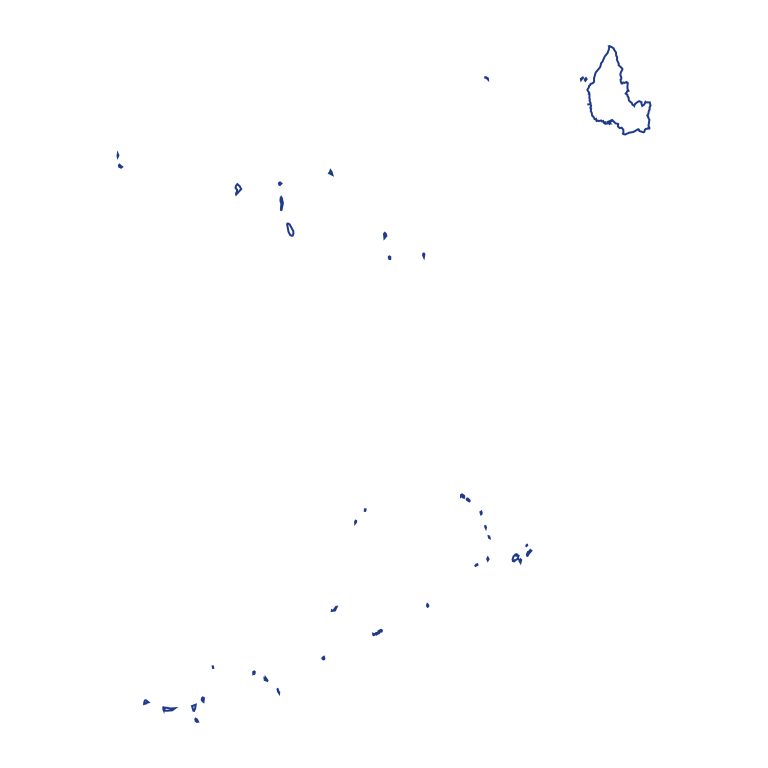 outline of Pangkajene Dan Kepulauan, Sulawesi Selatan, Indonesia
{"feature_id": "22746128B84288456023840", "entity_name": "Pangkajene Dan Kepulauan", "entity_type": "district", "adm_level": 2, "iso_a3": "IDN", "parent_name": "Indonesia", "parent_adm1": "Sulawesi Selatan", "projection": "natural_earth1", "projection_center": [118.667, -6.124], "detail": "fine", "context": "isolated", "style": "outline", "palette": "blue", "viewbox_px": 768, "rotation_deg": 0, "n_neighbors": 0, "source": "geoboundaries", "source_scale": "gbopen_adm2", "svg_char_len": 6080}
<svg xmlns="http://www.w3.org/2000/svg" viewBox="0 0 768 768"><path d="M608.9,46.3L609.3,47.2L608.9,48.7L608.5,48.6L608.9,48.8L608.9,49.4L607.5,53.1L604.8,56.4L602.4,61.8L601.0,63.4L600.6,65.9L599.8,67.6L595.7,72.5L594.0,78.4L594.1,81.7L592.8,83.2L590.6,83.9L590.2,85.1L589.1,85.8L588.8,87.5L587.4,89.7L587.7,90.7L589.2,92.7L588.9,93.6L589.3,93.6L589.4,94.7L588.9,94.7L589.5,94.9L589.4,97.9L589.8,99.2L589.5,100.4L590.6,103.2L590.2,104.2L587.3,104.5L590.4,104.2L590.7,104.7L591.1,106.0L590.4,107.4L590.9,108.3L590.6,108.4L591.0,110.0L590.8,111.1L591.7,112.8L592.2,115.7L593.3,116.6L594.6,119.1L595.8,119.5L596.1,119.2L596.6,121.0L597.9,120.6L599.0,121.1L601.2,120.5L601.9,121.4L603.1,121.0L603.7,122.4L605.0,122.2L605.1,122.6L604.5,122.5L604.3,123.2L605.3,123.8L607.3,123.5L607.5,121.9L608.1,121.8L608.5,122.0L608.5,122.9L609.6,124.0L609.9,123.7L609.3,122.9L610.1,123.1L609.6,122.4L610.8,121.6L610.2,121.4L610.0,121.1L610.7,121.0L610.7,119.9L610.8,120.5L611.4,120.2L611.8,120.5L612.3,120.1L615.5,123.3L618.2,124.0L617.9,126.3L618.9,127.4L619.8,128.1L621.6,127.7L623.3,129.6L623.4,133.0L622.9,133.6L623.2,134.0L625.2,134.5L629.1,132.7L633.3,132.0L638.2,129.2L638.9,129.6L639.4,131.0L643.4,132.3L644.3,131.9L644.9,129.8L645.8,128.9L647.1,128.8L648.1,128.1L649.0,128.7L649.5,128.1L648.5,125.7L649.4,119.7L648.0,117.1L648.2,116.4L647.3,115.6L648.3,114.0L648.9,110.6L649.6,109.9L649.6,107.4L650.5,105.7L649.8,102.4L646.3,102.4L645.5,101.8L644.3,104.4L642.3,105.9L641.4,103.4L641.5,102.2L639.2,101.2L637.5,102.0L634.7,104.3L634.3,105.7L634.0,105.2L633.3,105.3L632.3,104.4L631.8,103.0L629.4,101.0L628.8,100.0L628.6,97.6L627.5,96.1L627.4,94.8L625.7,93.6L627.0,91.9L627.0,91.4L628.5,90.8L627.6,89.3L627.4,87.0L627.8,83.0L627.2,82.5L626.5,82.6L626.3,82.1L624.4,82.9L623.1,82.5L622.2,83.0L622.2,83.5L621.5,83.4L620.8,81.5L620.6,79.6L621.3,78.8L621.3,77.4L620.3,74.8L620.8,72.5L622.4,69.6L622.3,68.6L618.6,65.1L618.8,63.8L616.9,59.7L617.2,58.0L616.8,56.4L616.2,55.8L616.0,52.5L613.9,49.4L613.8,48.5L611.3,46.8L610.5,46.8L609.7,46.1L608.9,46.3ZM288.5,223.6L287.4,223.6L287.1,224.3L288.5,231.7L290.2,235.1L291.8,235.8L292.6,235.7L293.4,233.8L293.3,231.1L289.7,224.5L288.5,223.6ZM236.2,194.5L241.2,189.1L239.7,186.2L237.3,184.1L235.9,186.0L235.6,188.0L237.1,189.8L236.9,191.6L236.0,193.7L236.2,194.5ZM516.5,554.2L515.5,554.4L513.5,556.5L512.7,559.1L512.6,559.8L513.2,560.5L513.0,561.1L514.0,561.4L515.0,560.5L514.6,560.4L514.8,560.2L515.3,560.4L516.7,559.3L518.1,559.1L517.7,558.8L518.1,558.4L518.1,556.6L518.6,555.8L517.6,555.0L516.2,555.8L515.7,555.1L515.9,554.5L516.6,554.5L516.5,554.2ZM165.9,707.6L164.8,708.1L164.3,709.6L165.1,710.6L166.4,710.8L172.2,710.3L175.1,708.2L170.3,708.5L165.9,707.6ZM281.3,210.8L282.9,203.2L281.8,198.1L281.2,197.1L280.6,198.1L280.5,201.2L281.4,203.6L280.9,209.0L281.3,210.8ZM195.7,704.7L192.0,706.1L193.4,710.7L193.9,710.8L193.8,710.1L194.7,709.6L195.1,708.7L195.7,704.7ZM380.4,630.1L378.4,631.3L378.5,631.8L379.7,631.1L377.9,632.6L375.8,633.2L375.7,633.6L376.0,633.6L375.4,633.9L374.1,634.1L373.2,633.7L373.2,634.9L373.6,635.2L375.5,634.2L376.4,634.6L377.3,633.8L379.0,633.3L379.6,632.4L379.4,631.7L381.2,631.1L380.4,630.1ZM532.0,550.0L530.5,551.5L529.9,551.4L530.5,550.6L530.2,550.1L529.1,551.5L528.0,551.9L527.0,554.1L526.9,554.7L527.3,555.1L527.1,556.6L528.8,553.7L532.0,550.0ZM146.0,700.3L145.0,700.4L144.4,701.8L144.2,703.3L145.1,703.3L144.8,703.8L145.6,703.6L145.4,703.2L148.5,702.3L146.0,700.3ZM384.4,238.2L386.4,235.9L385.7,233.7L384.8,232.9L384.0,233.9L384.4,238.2ZM464.1,495.8L462.1,494.4L461.0,495.0L461.0,496.3L461.3,496.0L463.1,497.6L464.2,497.7L464.1,495.8ZM330.5,170.4L330.0,172.0L329.1,173.2L332.4,174.9L331.5,171.7L330.5,170.4ZM203.5,697.8L202.8,697.4L202.1,698.0L201.7,699.5L202.0,700.5L203.0,700.9L202.9,701.5L203.2,701.7L203.1,700.6L203.4,700.5L203.4,702.5L203.9,698.6L203.5,698.6L203.5,697.8ZM196.9,719.4L195.6,718.7L195.3,719.5L195.7,721.0L197.0,721.9L198.1,721.7L196.9,719.4ZM122.1,166.9L119.4,164.7L118.9,165.4L119.2,166.8L121.0,167.7L122.1,166.9ZM267.5,680.5L265.7,677.9L265.7,678.9L265.5,678.2L264.5,677.9L264.7,680.0L267.3,680.9L267.5,680.5ZM469.3,501.4L469.7,501.0L469.4,500.1L467.7,498.5L467.2,498.6L466.7,499.5L467.0,500.0L469.3,501.4ZM280.0,182.4L279.3,182.7L278.9,183.7L279.3,184.7L279.9,185.0L281.4,183.5L280.0,182.4ZM336.7,606.8L336.0,606.9L333.6,610.3L332.6,610.7L331.9,610.3L331.8,610.9L335.0,610.5L336.7,606.8ZM520.5,559.3L519.4,560.9L520.5,562.7L521.2,560.0L520.5,559.3ZM323.9,656.8L323.3,657.1L323.0,658.0L322.8,657.6L322.5,657.8L322.4,658.6L322.9,659.2L323.9,659.4L324.4,658.7L323.9,656.8ZM254.3,671.4L253.2,672.0L253.3,674.0L253.9,673.6L254.3,673.9L254.7,673.3L254.7,671.7L254.3,671.4ZM423.8,253.5L423.2,253.9L423.0,255.1L423.9,257.1L424.4,254.2L423.8,253.5ZM389.4,256.4L388.9,256.7L388.9,257.9L389.4,259.0L390.2,259.0L390.3,257.0L389.4,256.4ZM487.8,560.4L488.6,559.1L487.8,557.7L487.2,558.9L487.8,560.4ZM586.6,79.2L585.9,78.1L584.8,79.3L584.8,80.1L585.4,80.8L586.6,79.2ZM428.2,606.4L428.3,605.2L427.4,604.2L427.0,605.3L427.3,606.4L427.6,606.8L428.2,606.4ZM481.3,511.5L480.4,512.1L481.1,514.3L481.5,514.0L481.7,512.7L481.3,511.5ZM474.9,566.3L477.5,564.9L477.3,564.2L476.1,564.7L474.9,566.3ZM278.9,692.8L277.7,689.0L276.9,688.6L277.7,689.3L278.0,691.5L279.1,693.2L279.2,692.2L278.9,692.0L278.9,692.8ZM582.7,77.5L580.9,78.8L581.1,80.0L582.8,77.9L583.7,77.7L582.7,77.5ZM356.0,519.9L355.1,521.9L355.2,523.3L356.1,522.1L356.1,521.8L355.6,522.1L356.0,519.9ZM117.7,156.9L118.4,155.4L117.8,154.0L117.5,156.0L117.7,156.9ZM486.0,77.2L485.2,77.3L485.2,77.7L486.4,77.9L488.0,79.5L487.9,78.4L486.0,77.2ZM486.0,527.4L485.1,525.3L485.2,526.9L485.8,528.2L486.0,527.4ZM489.7,538.2L489.6,537.3L488.8,536.1L488.6,536.1L489.1,537.9L489.7,538.2ZM365.6,509.3L364.9,509.3L364.7,511.7L365.5,510.2L365.6,509.3ZM213.2,666.9L212.9,666.3L212.7,666.3L213.2,668.9L213.2,666.9ZM527.1,544.7L526.4,544.2L526.8,544.6L526.0,546.7L527.2,545.2L527.1,544.7ZM163.4,709.0L163.7,707.4L163.3,706.5L163.3,709.1L163.8,710.3L163.9,709.7L163.4,709.0ZM381.0,629.2L381.8,630.6L381.1,632.5L381.9,630.6L381.0,629.2Z" fill="none" stroke="#1e3a8a" stroke-width="2"/></svg>